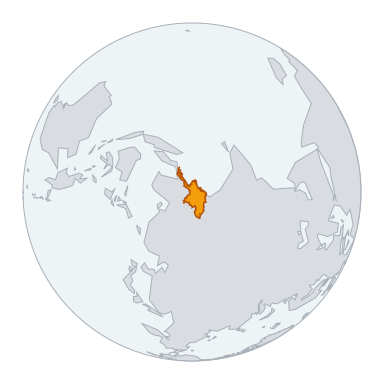 Myanmar highlighted on a globe, orthographic projection, rotated 160°
{"feature_id": "MMR", "entity_name": "Myanmar", "entity_type": "country or territory", "adm_level": 0, "iso_a3": "MMR", "parent_name": "Asia", "parent_adm1": "", "projection": "orthographic", "projection_center": [96.922, 19.196], "detail": "fine", "context": "on_globe", "style": "filled", "palette": "amber", "viewbox_px": 384, "rotation_deg": 160, "n_neighbors": 0, "source": "natural_earth", "source_scale": "50m", "svg_char_len": 15751}
<svg xmlns="http://www.w3.org/2000/svg" viewBox="0 0 384 384"><g transform="rotate(160 192 192)"><circle cx="192" cy="192" r="169" fill="#eef3f6" stroke="#a8b0b8"/><path d="M353.2,242.6L352.8,243.7L352.8,243.9L353.2,242.6ZM262.8,38.6L265.9,40.8L272.7,44.6L267.0,41.9L283.4,51.9L289.3,57.6L279.4,49.4L275.8,47.4L278.2,50.1L275.1,48.7L274.4,49.4L270.5,47.7L265.0,43.6L262.3,42.6L264.2,44.7L261.3,44.6L259.1,41.7L253.9,41.4L243.8,35.8L240.9,31.2L232.0,28.5L222.8,25.9L236.5,29.0L249.8,33.2L262.8,38.6ZM205.2,23.6L204.5,23.5L201.9,23.4L200.8,23.3L205.2,23.6ZM278.2,48.0L276.6,46.6L279.3,48.6L278.2,48.0ZM275.0,49.9L276.5,50.8L275.5,50.8L275.0,49.9ZM268.6,48.3L266.6,48.3L267.7,47.5L268.6,48.3ZM264.8,47.8L260.1,48.3L262.9,50.2L252.2,45.5L259.8,46.3L260.7,45.0L262.2,46.7L264.8,47.8ZM209.7,24.0L223.1,25.9L224.6,26.4L219.8,25.4L223.7,26.5L217.8,25.6L214.4,24.9L214.6,24.7L212.2,24.6L209.7,24.0ZM247.0,43.0L245.1,42.7L246.1,42.3L247.0,43.0ZM204.5,23.6L207.1,23.8L208.6,24.1L203.7,23.7L204.8,23.7L204.5,23.6ZM227.5,27.3L227.8,27.7L223.1,27.1L222.5,27.2L217.8,25.7L227.5,27.3ZM203.1,23.6L201.1,23.6L198.1,23.4L202.1,23.4L203.1,23.6ZM211.0,24.4L211.5,24.6L209.6,24.3L211.0,24.4ZM186.1,23.3L189.1,23.2L190.1,23.3L186.1,23.3ZM200.6,23.7L201.7,23.8L202.4,23.9L200.5,23.9L200.6,23.7ZM214.8,25.5L212.8,25.3L216.5,26.1L213.1,25.9L210.6,25.0L210.3,25.3L209.2,25.3L208.3,24.7L214.8,25.5ZM200.9,24.4L196.5,23.7L190.6,23.7L189.5,23.5L199.2,23.7L200.9,24.4ZM205.3,24.6L202.3,24.4L202.5,24.1L204.7,24.1L205.3,24.6ZM211.8,26.2L217.6,26.6L217.9,26.9L211.8,26.2ZM199.1,24.4L200.2,24.6L198.7,24.4L199.1,24.4ZM207.8,25.6L209.8,25.7L210.2,25.9L207.8,25.6ZM200.7,25.1L199.3,24.8L200.7,24.7L200.7,25.1ZM204.0,25.4L204.0,25.7L202.1,24.8L204.8,25.3L204.0,25.4ZM207.8,25.8L208.7,26.0L206.9,25.8L207.8,25.8ZM196.2,26.0L193.5,24.9L196.6,24.6L198.8,25.6L196.2,26.0ZM57.0,90.3L58.3,88.7L55.6,92.9L57.8,97.2L57.2,99.4L51.8,106.0L49.3,121.7L54.6,117.2L57.5,128.0L62.7,131.4L73.7,118.5L65.2,112.5L68.9,104.7L79.8,103.7L87.9,109.8L89.6,107.1L88.7,98.1L95.0,94.9L88.9,94.7L88.1,98.2L84.3,98.4L84.8,95.4L87.0,94.2L85.8,91.5L75.7,98.5L73.8,102.8L67.9,100.4L64.2,107.5L61.0,109.3L66.1,98.1L68.9,94.9L74.8,81.9L71.2,84.9L65.5,97.6L65.3,95.8L60.5,100.8L64.1,95.6L71.3,81.8L68.9,80.3L58.2,89.7L58.4,88.7L61.1,85.2L64.4,81.3L73.5,71.7L71.8,75.3L75.8,71.7L82.7,64.8L81.6,66.8L84.2,64.6L84.2,66.1L90.6,63.1L91.6,64.4L100.3,58.9L102.0,59.0L96.3,62.0L93.0,65.2L96.1,69.3L98.6,68.8L104.0,65.1L104.2,67.1L109.0,63.0L113.8,64.3L112.0,59.6L118.3,55.9L124.6,54.7L126.3,52.8L116.0,55.0L112.2,56.7L109.5,59.4L98.9,64.4L96.5,64.0L106.3,56.2L104.0,55.2L112.6,50.3L135.0,46.3L141.2,47.5L138.4,56.6L133.4,58.0L131.9,55.3L127.6,61.0L130.7,59.0L130.8,60.9L136.9,58.5L137.3,59.7L142.4,55.5L143.6,56.8L140.3,59.5L150.3,57.8L154.4,60.2L156.4,59.3L157.5,57.6L162.0,62.2L163.3,61.3L162.4,59.5L164.3,56.7L169.6,53.8L170.9,55.5L169.2,56.8L167.5,62.4L162.6,66.0L163.7,66.5L168.2,63.8L170.3,56.9L173.1,54.7L172.8,57.8L173.1,56.5L175.0,56.0L177.9,57.2L178.6,53.9L196.7,47.8L204.2,50.3L202.0,53.3L215.9,52.6L223.4,56.4L222.5,54.5L228.6,53.6L226.3,52.3L226.3,51.4L240.9,49.8L245.3,51.1L250.6,49.4L250.1,48.5L247.2,47.3L252.2,45.5L262.9,50.2L263.5,51.8L269.8,54.2L270.1,57.6L273.3,61.9L269.8,65.1L272.7,68.6L274.8,69.2L280.3,74.9L283.9,85.5L271.4,74.2L264.0,60.2L266.2,65.4L262.8,63.6L261.8,65.2L263.6,69.3L265.6,70.1L253.8,75.3L252.3,86.9L259.4,86.4L264.5,90.1L269.0,105.5L258.1,126.7L264.8,134.0L265.6,138.8L260.8,141.7L259.4,134.7L254.0,132.2L254.0,128.1L245.8,131.3L245.4,125.5L239.2,131.3L242.2,135.9L249.6,134.8L244.4,142.9L252.7,151.0L254.4,161.0L242.6,178.6L229.7,184.0L229.0,187.2L223.6,183.5L216.8,189.7L227.3,207.7L227.2,212.9L215.9,222.5L215.6,218.7L201.1,209.0L198.7,221.2L209.7,231.6L213.5,243.5L205.1,239.6L201.3,229.2L196.1,225.4L197.3,214.8L192.7,198.7L184.3,201.2L184.7,194.8L177.1,181.2L164.8,184.4L145.6,199.5L143.2,215.6L136.5,221.8L127.5,197.1L127.3,181.1L121.7,181.6L114.4,166.7L95.1,161.3L94.5,156.8L90.4,157.7L85.6,151.9L85.5,144.7L81.6,143.9L82.6,162.8L87.0,163.9L93.6,158.9L92.8,165.2L97.7,172.4L84.8,184.4L59.6,189.4L60.7,177.0L60.0,139.7L62.0,136.5L62.2,136.1L62.4,135.4L58.6,140.3L59.7,133.3L56.3,157.9L54.1,167.8L59.2,190.0L57.8,191.4L60.5,196.5L73.5,196.6L72.8,200.5L64.5,216.5L49.6,234.6L53.7,252.0L56.1,265.5L51.4,270.4L56.5,281.4L54.8,282.9L57.8,288.7L59.0,293.2L59.4,296.0L56.1,292.4L49.3,282.4L43.2,272.0L37.9,261.3L33.3,250.1L29.6,238.7L27.9,231.6L25.9,221.8L23.2,196.9L23.5,186.2L23.7,180.3L23.5,179.2L23.9,175.4L25.7,162.3L28.5,149.4L32.3,136.8L37.1,124.5L42.9,112.6L49.5,101.2L57.0,90.3ZM92.9,124.3L100.2,127.9L103.2,117.8L106.3,118.5L106.2,115.0L103.4,117.1L104.1,107.9L109.6,106.8L111.9,103.0L109.6,101.6L99.5,105.2L98.4,118.1L94.1,120.9L92.9,124.3ZM98.5,53.1L96.4,55.0L93.3,56.8L92.1,56.6L96.6,53.7L98.5,53.1ZM94.1,57.3L104.2,50.4L105.4,50.8L103.0,51.7L102.8,52.6L98.9,54.3L90.1,61.9L86.8,64.2L86.4,61.7L88.4,61.0L90.3,59.1L94.1,57.3ZM128.0,36.6L132.4,34.8L129.2,37.6L125.4,39.0L124.0,38.5L127.6,36.6L128.0,36.6ZM197.7,23.1L198.4,23.2L196.4,23.3L194.3,23.3L194.4,23.1L191.4,23.3L189.9,23.1L187.4,23.2L179.0,23.5L197.7,23.1ZM160.4,26.0L161.1,26.0L164.0,25.4L165.3,25.3L162.5,25.8L167.7,25.0L168.0,25.1L174.5,24.9L181.8,24.2L184.3,24.3L181.6,24.6L186.1,24.6L182.7,25.4L184.5,25.6L182.9,26.9L176.7,27.8L179.2,28.0L178.1,29.3L173.1,30.4L174.1,29.2L167.8,31.5L166.3,30.5L165.7,30.8L162.5,30.6L157.6,31.2L157.7,30.6L155.8,31.1L153.6,31.2L151.0,31.7L150.2,31.1L146.9,31.8L148.4,31.1L142.9,32.6L146.6,31.2L144.2,31.5L141.9,32.7L143.9,30.0L143.4,30.2L160.4,26.0ZM195.5,26.3L188.5,27.1L184.2,27.1L188.6,25.0L187.5,24.7L190.2,23.8L196.4,23.9L195.1,24.1L195.2,24.4L193.2,24.2L194.9,24.6L193.1,24.9L193.9,25.4L191.4,25.4L195.5,26.3ZM59.7,97.8L59.9,98.9L60.8,99.8L57.8,103.2L59.7,97.8ZM64.4,88.3L65.0,88.5L61.2,93.3L61.1,92.3L64.4,88.3ZM68.6,84.9L65.3,88.2L67.0,85.9L68.6,84.9ZM97.2,62.2L98.2,62.5L97.1,63.5L95.0,64.5L97.2,62.2ZM154.1,38.9L155.3,37.7L156.4,37.7L161.7,35.6L163.3,36.5L160.7,38.1L154.1,38.9ZM70.4,119.9L67.0,121.6L67.1,119.7L68.2,119.5L70.4,119.9ZM60.6,111.9L61.3,115.5L59.8,112.8L60.6,111.9ZM156.6,39.5L158.6,38.5L158.2,39.6L156.6,39.5ZM164.7,37.1L164.7,38.2L164.1,36.4L164.7,37.1ZM139.6,344.2L143.0,345.8L140.5,345.5L139.6,344.2ZM73.8,270.8L74.9,291.8L69.9,289.8L65.8,282.4L63.3,269.1L68.2,267.3L69.7,261.8L73.8,270.8ZM254.5,269.3L259.3,269.7L259.1,270.4L254.5,269.3ZM249.6,267.1L255.1,267.0L248.6,268.7L249.6,267.1ZM257.2,267.0L262.9,265.2L265.3,263.9L264.8,265.4L257.2,267.0ZM245.8,267.3L225.0,267.5L216.6,265.6L218.7,263.0L232.2,263.6L245.8,267.3ZM218.0,262.9L205.2,255.1L187.2,232.0L193.7,232.7L212.3,246.9L211.2,249.2L218.9,255.3L218.0,262.9ZM248.8,248.4L247.5,255.5L236.1,255.2L230.8,254.2L227.2,245.2L229.2,240.6L233.6,240.7L249.9,224.5L255.7,228.1L250.8,235.0L255.5,241.0L248.8,248.4ZM144.0,217.2L147.7,227.2L144.1,228.4L144.0,217.2ZM256.3,213.1L249.9,220.3L255.6,210.8L256.3,213.1ZM259.5,204.2L260.1,207.7L257.3,204.4L259.5,204.2ZM229.1,192.1L224.6,192.9L224.3,190.4L230.0,187.9L229.1,192.1ZM255.5,169.5L256.0,176.9L255.3,179.4L253.0,175.0L255.5,169.5ZM172.7,48.6L163.6,50.1L158.1,52.5L156.6,55.6L154.8,52.3L163.3,48.6L172.7,48.6ZM193.6,47.6L194.8,45.4L196.9,46.3L196.9,46.9L193.6,47.6ZM192.5,46.3L189.2,44.0L191.6,42.7L193.7,44.8L192.5,46.3ZM172.6,40.8L169.8,41.1L170.2,40.2L172.6,40.8ZM284.6,328.3L286.9,324.3L291.8,322.6L287.7,326.7L284.6,328.3ZM273.4,314.4L241.8,326.1L235.4,325.4L238.3,321.5L234.9,310.1L237.1,310.2L237.2,302.1L256.5,293.6L270.8,278.4L280.2,278.4L288.1,267.2L297.3,266.7L293.8,275.2L302.4,279.1L310.6,259.7L313.4,278.0L318.1,283.1L316.5,294.1L299.3,315.5L291.6,320.6L291.3,319.3L287.8,321.7L284.0,321.9L284.0,316.6L280.5,318.9L284.9,313.9L279.3,318.7L278.3,315.2L273.4,314.4ZM338.2,267.1L338.9,267.2L339.2,269.6L338.1,269.8L338.2,267.1ZM351.1,248.2L350.8,249.4L350.3,250.5L351.1,248.2ZM352.8,243.9L352.2,245.4L353.2,242.6L352.8,243.9ZM345.0,253.7L345.1,254.6L344.7,255.3L345.0,253.7ZM344.7,253.5L345.6,251.3L345.2,253.3L344.7,253.5ZM342.1,245.2L342.8,243.9L343.0,244.6L342.1,245.2ZM266.3,269.3L273.1,263.5L276.6,262.7L266.3,269.3ZM341.5,243.4L340.0,243.8L340.3,242.7L341.5,243.4ZM341.9,240.9L341.8,239.5L342.4,242.6L341.9,240.9ZM339.2,238.7L340.9,240.6L338.9,239.1L339.2,238.7ZM338.0,239.4L336.7,238.7L336.8,238.2L338.0,239.4ZM320.6,246.1L326.0,253.6L321.2,254.5L316.1,250.2L311.3,256.1L301.0,257.0L303.6,253.4L302.4,248.7L291.2,248.2L289.0,245.3L293.1,242.6L285.5,240.9L293.8,238.5L297.1,244.8L301.7,239.0L309.4,239.1L316.6,240.1L322.1,243.9L320.6,246.1ZM293.5,253.1L295.0,252.9L293.6,255.0L293.5,253.1ZM334.1,235.9L336.0,238.5L335.7,239.4L334.7,239.2L334.1,235.9ZM323.4,242.5L329.4,235.7L330.7,235.4L326.7,242.5L323.4,242.5ZM328.1,232.5L330.7,232.6L332.0,235.3L331.4,236.3L328.1,232.5ZM276.6,248.7L276.2,250.6L274.0,249.3L276.6,248.7ZM279.5,247.4L286.1,248.7L278.8,249.0L279.5,247.4ZM258.7,242.4L260.7,246.7L267.2,243.5L262.3,247.8L266.5,254.7L264.9,257.5L260.8,250.0L259.1,258.1L256.2,258.1L254.8,251.3L257.8,242.7L260.6,239.1L272.1,236.9L258.7,242.4ZM279.5,242.0L277.7,237.1L279.0,233.5L280.9,236.1L279.5,242.0ZM272.2,225.1L267.2,219.4L262.8,222.0L271.4,213.1L274.8,219.9L272.2,225.1ZM267.6,212.2L263.6,214.5L267.6,209.4L267.6,212.2ZM262.4,212.6L261.8,208.4L265.1,208.8L262.4,212.6ZM269.8,212.3L270.2,205.1L272.0,209.2L269.8,212.3ZM259.9,199.1L267.3,205.6L258.0,203.2L256.6,189.6L260.5,189.1L259.9,199.1ZM275.8,143.6L274.3,139.9L277.5,138.8L277.6,141.6L275.8,143.6ZM286.8,133.2L277.9,137.4L270.6,141.2L273.3,142.8L272.5,149.3L267.9,143.6L272.3,136.3L278.1,134.5L278.0,129.2L281.7,125.5L279.5,119.1L280.8,116.3L284.5,121.7L286.8,133.2ZM278.3,116.5L275.7,105.6L282.3,106.7L284.3,109.4L282.7,113.8L279.4,112.9L278.3,116.5ZM277.0,103.4L273.8,102.6L263.1,87.6L262.5,84.9L274.1,96.1L271.6,96.1L273.0,99.7L277.0,103.4ZM246.2,43.6L245.2,42.8L247.1,43.5L246.2,43.6ZM224.9,50.7L225.3,49.6L227.5,50.2L224.9,50.7ZM227.5,47.0L224.7,47.0L227.1,46.3L227.5,47.0ZM218.7,47.5L223.4,46.7L219.7,48.5L218.7,47.5Z" fill="#d9dde1" stroke="#a8b0b8" stroke-width="1"/><path d="M200.8,188.6L200.4,188.3L200.2,188.3L199.7,188.6L199.0,188.5L199.1,189.0L198.7,189.4L198.3,189.2L198.0,189.3L197.8,189.5L197.7,190.0L197.5,190.3L197.1,190.3L196.0,190.5L195.7,190.5L195.3,190.3L195.0,190.4L195.0,190.6L194.5,191.2L194.5,192.2L194.2,192.6L194.2,192.8L194.3,193.8L193.7,194.1L193.3,194.0L193.5,194.5L194.0,194.7L194.0,194.8L194.3,195.7L194.2,196.1L195.8,198.0L196.3,198.5L196.4,198.8L196.4,199.2L196.9,200.4L197.0,200.5L197.4,200.2L197.6,200.4L197.5,200.7L197.4,200.9L196.7,201.2L196.6,202.1L196.6,203.3L196.4,203.3L195.6,203.7L195.6,204.4L195.8,204.9L196.7,206.2L197.8,207.1L198.3,208.1L198.5,209.5L198.3,209.9L198.3,210.1L198.5,210.3L198.6,211.0L199.1,211.5L199.3,212.6L199.5,212.8L199.8,213.7L199.7,214.0L199.4,214.2L198.6,215.7L197.3,217.0L197.4,217.7L197.2,218.4L197.0,218.5L196.8,218.9L196.6,218.5L196.6,218.0L196.5,217.0L196.7,216.8L197.1,216.1L197.1,215.7L197.3,215.4L197.3,214.3L197.4,214.1L197.6,214.0L197.4,213.8L197.1,214.0L196.9,213.9L197.0,213.4L197.0,212.8L197.1,212.5L196.8,212.4L197.1,212.1L196.9,211.9L197.0,211.6L197.0,211.2L196.7,209.7L196.5,209.4L196.3,208.8L195.8,208.1L195.8,207.5L195.7,207.3L195.5,208.3L195.4,208.1L195.3,207.3L195.4,206.8L195.1,206.3L194.8,205.4L195.1,205.4L194.9,205.0L194.7,205.1L194.5,204.8L194.5,203.8L194.3,203.5L194.4,203.1L194.2,201.8L193.9,201.4L194.0,200.7L194.0,200.1L194.3,199.7L194.0,199.8L193.3,199.9L193.2,199.4L193.0,199.2L192.8,198.8L192.7,198.3L192.8,198.2L191.8,197.3L192.0,197.6L191.8,197.9L192.0,198.4L191.6,199.3L191.2,199.8L190.6,199.9L190.4,199.9L190.2,199.7L190.1,199.2L189.9,199.2L190.1,199.7L190.3,200.1L189.8,200.4L189.5,200.4L189.4,200.7L188.7,200.9L188.5,201.5L188.1,201.9L187.7,202.2L187.4,202.1L187.4,201.8L187.6,201.4L187.5,201.1L187.5,201.3L187.0,201.9L186.4,201.9L186.2,201.4L186.3,200.8L186.1,201.3L186.0,201.5L185.6,201.7L185.6,201.2L185.8,200.2L185.7,199.9L185.6,200.4L185.4,200.5L185.0,201.1L184.6,201.3L184.4,201.3L184.3,201.0L184.5,199.8L184.7,199.5L184.9,198.8L185.0,198.6L185.1,198.0L185.4,197.5L185.4,196.8L185.4,196.4L185.2,196.0L185.0,194.9L184.6,194.0L184.5,193.7L184.3,193.3L184.5,193.3L184.1,193.0L184.0,192.8L184.0,191.7L183.9,192.0L183.7,192.1L183.8,192.5L183.7,192.8L183.0,192.4L182.5,191.4L183.1,191.7L183.4,191.8L183.8,191.5L183.9,191.2L183.4,190.9L183.2,190.7L183.2,190.4L182.8,190.2L183.1,189.8L182.7,189.8L182.3,189.4L181.8,189.3L181.6,189.4L181.7,189.8L181.7,190.0L181.5,189.9L181.2,189.3L181.4,189.0L181.2,189.0L181.4,188.4L181.1,188.7L180.8,189.1L180.6,188.9L180.9,188.5L180.8,188.3L180.5,187.8L180.4,187.8L180.4,188.2L180.4,188.6L180.1,188.1L179.5,187.4L179.3,187.1L179.2,186.3L179.1,186.2L179.0,185.6L179.3,185.3L179.4,185.2L180.0,185.6L180.0,185.8L180.1,185.7L180.1,185.2L180.1,183.7L180.3,183.6L180.4,183.2L180.7,183.3L180.9,183.6L181.0,183.6L181.4,183.1L181.7,182.9L181.8,182.6L181.6,181.5L181.8,181.0L181.8,180.6L182.2,180.6L182.3,180.4L182.4,179.7L182.5,178.7L182.3,177.7L182.8,177.8L183.3,177.8L184.3,178.2L184.5,178.2L184.9,176.9L185.7,175.6L186.1,174.7L185.7,174.2L185.8,173.9L186.0,173.5L186.3,173.4L186.7,172.8L186.9,172.6L186.9,172.2L187.3,171.8L187.1,171.4L187.1,170.9L187.1,170.6L187.3,170.2L188.2,169.8L189.3,168.9L189.7,168.4L190.1,168.3L191.5,168.1L191.9,168.5L192.1,168.7L192.3,168.8L192.5,168.7L191.9,167.8L191.9,167.3L192.1,167.0L192.8,166.5L193.1,166.3L193.1,166.0L193.0,165.9L193.0,165.5L193.6,164.7L193.9,164.7L194.2,165.1L194.5,165.1L195.1,165.7L195.1,166.2L195.6,167.4L195.7,167.5L195.9,167.2L196.0,167.1L196.5,167.4L196.8,169.9L196.6,171.1L196.7,171.4L196.6,171.6L196.4,171.6L196.3,171.8L196.6,172.2L196.6,172.4L196.5,172.5L196.1,172.6L195.8,173.2L195.7,173.2L195.3,173.2L195.2,173.2L195.1,173.7L194.9,174.0L194.7,174.2L194.4,174.2L194.1,174.8L194.2,175.3L193.8,175.6L193.6,176.0L193.6,176.4L194.0,176.7L194.1,177.2L194.1,177.5L193.7,177.9L193.7,178.1L194.1,178.1L194.9,177.6L195.5,177.5L196.2,177.5L196.5,177.6L197.1,177.5L196.8,177.9L196.7,178.1L196.7,178.3L197.0,178.6L197.2,178.9L197.1,179.2L197.3,179.6L197.3,180.2L197.8,180.4L198.8,180.5L199.0,180.9L198.7,181.3L198.6,181.7L198.6,182.2L198.2,182.9L198.1,183.1L198.2,183.3L199.3,183.4L200.2,183.6L200.3,183.7L200.2,184.2L200.3,184.4L200.4,184.5L200.7,184.7L200.7,185.0L200.8,185.1L201.0,185.2L201.4,185.1L201.9,185.2L202.1,185.2L202.3,185.1L202.7,184.6L203.4,184.3L203.5,184.4L203.6,184.8L203.4,185.2L203.0,185.5L202.7,185.6L202.2,186.4L201.9,186.6L201.9,186.8L202.0,186.9L202.2,187.0L201.6,187.1L201.4,187.2L201.2,187.4L201.0,187.8L200.8,188.6ZM183.1,190.9L183.7,191.2L183.6,191.5L183.4,191.6L183.2,191.5L183.1,191.3L182.9,191.0L183.1,190.9ZM196.3,211.4L196.4,211.5L196.4,211.8L196.2,212.1L196.1,211.7L196.0,211.4L196.0,211.2L196.2,211.3L196.3,211.4ZM183.0,193.4L182.6,193.2L182.4,192.9L182.8,192.8L183.1,192.9L183.1,193.3L183.0,193.4ZM196.7,213.9L196.6,214.5L196.4,214.4L196.2,213.8L196.6,213.7L196.7,213.9ZM185.1,201.5L184.9,201.8L184.8,201.4L185.4,200.8L185.5,201.0L185.3,201.3L185.1,201.5ZM193.8,200.7L193.7,200.7L193.5,200.1L193.8,199.9L193.9,200.0L193.8,200.7ZM195.9,214.3L195.7,214.7L195.7,214.4L196.0,213.8L195.9,214.3ZM195.7,216.2L196.0,216.7L195.9,216.8L195.6,216.4L195.4,216.4L195.6,216.1L195.7,216.2ZM196.9,213.3L196.5,213.4L196.5,212.9L196.6,213.1L196.9,213.3ZM196.0,219.0L195.5,219.3L195.5,219.1L195.8,218.9L196.0,218.8L196.0,219.0ZM181.0,189.4L181.2,190.0L181.1,189.9L180.9,189.5L180.9,189.2L181.0,189.4ZM196.0,209.9L196.0,210.4L195.8,210.2L195.9,209.6L196.0,209.9ZM182.5,189.9L182.5,190.3L182.4,190.1L182.3,189.7L182.5,189.9ZM195.5,212.7L195.3,212.7L195.2,212.5L195.3,212.3L195.5,212.3L195.5,212.7ZM195.3,212.0L195.1,212.3L194.9,212.1L195.1,212.0L195.3,212.0ZM195.3,213.9L195.4,214.2L195.2,214.0L195.1,213.6L195.3,213.9ZM186.1,201.7L185.9,202.0L185.8,201.9L186.1,201.6L186.1,201.7ZM196.7,216.2L196.6,215.8L196.7,216.2Z" fill="#f59e0b" stroke="#b45309" stroke-width="1.5"/></g></svg>